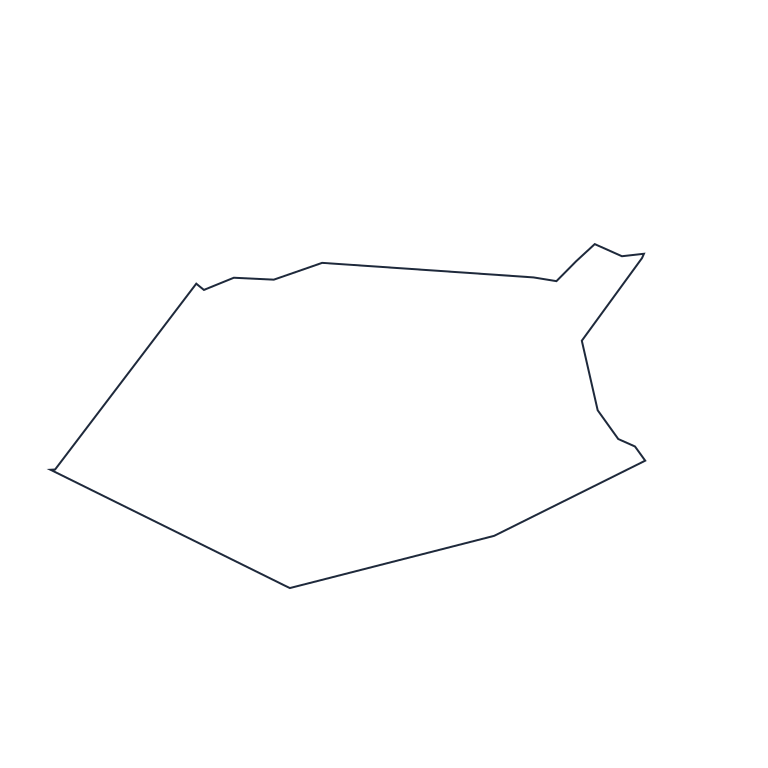 La Dauphine Estate, Soufrière, Saint Lucia (Natural Earth projection), rotated 204°
{"feature_id": "8701671B47910558118739", "entity_name": "La Dauphine Estate", "entity_type": "district", "adm_level": 2, "iso_a3": "LCA", "parent_name": "Saint Lucia", "parent_adm1": "Soufrière", "projection": "natural_earth1", "projection_center": [-61.043, 13.822], "detail": "fine", "context": "isolated", "style": "outline", "palette": "slate", "viewbox_px": 768, "rotation_deg": 204, "n_neighbors": 0, "source": "geoboundaries", "source_scale": "gbopen_adm2", "svg_char_len": 454}
<svg xmlns="http://www.w3.org/2000/svg" viewBox="0 0 768 768"><g transform="rotate(204 384 384)"><path d="M596.3,399.3L649.7,172.1L653.8,170.0L393.6,159.5L387.0,159.3L221.6,290.1L114.2,420.2L129.3,429.0L147.6,429.0L178.1,446.9L220.9,504.0L199.5,604.0L199.5,608.7L218.6,597.5L248.4,597.5L258.4,574.3L268.3,548.1L290.7,542.2L489.8,469.5L527.1,434.5L564.4,420.0L586.8,396.7L593.1,398.4L596.3,399.3Z" fill="none" stroke="#1e293b" stroke-width="2"/></g></svg>